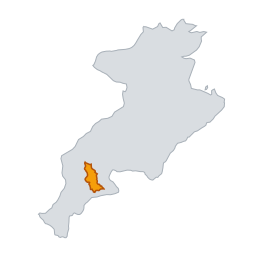 location of Paekam, Ryanggang, North Korea, rotated 173°
{"feature_id": "82179303B39212929407944", "entity_name": "Paekam", "entity_type": "district", "adm_level": 2, "iso_a3": "PRK", "parent_name": "North Korea", "parent_adm1": "Ryanggang", "projection": "robinson", "projection_center": [128.836, 41.511], "detail": "fine", "context": "in_parent", "style": "filled", "palette": "amber", "viewbox_px": 256, "rotation_deg": 173, "n_neighbors": 0, "source": "geoboundaries", "source_scale": "gbopen_adm2", "svg_char_len": 4924}
<svg xmlns="http://www.w3.org/2000/svg" viewBox="0 0 256 256"><g transform="rotate(173 128 128)"><path d="M155.3,194.4L154.2,195.0L152.2,198.3L150.5,202.4L148.7,204.6L146.7,205.8L144.6,206.6L140.4,206.9L136.5,206.6L135.3,206.1L130.0,206.4L128.5,206.7L121.0,206.4L117.0,206.7L114.5,207.5L111.9,209.2L109.7,211.7L107.7,214.4L103.8,219.3L101.0,221.6L100.9,225.1L100.8,226.1L99.9,226.9L99.5,226.5L97.9,226.3L91.5,223.1L86.2,225.1L84.8,227.6L83.4,228.4L81.3,223.5L77.9,223.3L72.5,219.0L70.1,219.9L69.5,221.6L66.4,225.6L62.2,228.8L60.8,229.3L59.3,229.1L59.5,228.2L57.8,224.5L51.2,223.0L48.8,221.4L47.6,221.1L54.2,217.0L55.9,216.3L54.6,215.3L53.2,214.8L47.9,215.4L45.1,214.1L41.1,214.5L38.3,213.5L44.2,209.5L44.5,207.1L44.4,205.3L47.5,199.9L50.5,197.0L58.2,192.8L61.6,192.2L64.0,192.4L66.0,192.0L63.9,190.4L61.9,189.7L57.9,189.8L53.8,187.4L53.5,184.9L61.7,168.8L61.8,167.3L60.6,163.4L60.3,159.6L54.6,157.4L52.1,157.1L44.8,152.8L41.9,150.7L40.8,151.3L40.5,154.8L39.4,155.5L37.5,156.2L36.6,152.3L35.1,149.4L30.3,146.5L28.6,144.9L29.5,141.5L29.1,141.2L29.9,137.4L32.9,134.4L40.3,129.1L42.2,126.7L46.0,123.8L47.6,123.8L49.3,123.6L49.9,122.3L50.3,121.3L51.8,120.4L55.4,118.8L59.4,116.7L62.6,116.1L66.6,113.0L68.3,111.6L69.9,111.6L70.3,110.9L71.3,109.3L72.5,108.2L74.3,108.0L77.1,107.2L80.7,106.8L83.2,104.1L84.0,102.2L85.7,100.1L89.1,97.9L91.5,94.5L94.1,90.8L95.4,89.7L96.6,89.4L97.3,88.1L98.2,84.2L99.4,80.4L100.2,78.6L103.2,76.7L104.0,75.7L104.6,75.4L106.0,75.7L107.9,74.5L109.7,73.3L111.2,73.7L112.9,74.7L114.5,76.8L115.3,78.5L116.6,79.9L116.9,81.9L118.2,82.8L121.0,83.2L125.7,84.6L128.7,84.7L130.4,85.7L134.0,86.3L141.2,85.5L144.2,86.0L145.4,87.2L147.3,88.2L148.4,88.3L150.0,86.6L151.8,83.8L152.9,81.6L152.8,79.9L151.9,78.1L149.5,76.4L147.9,73.7L146.5,71.0L145.6,70.1L144.9,68.8L144.8,66.7L145.3,65.4L148.9,64.4L153.5,63.9L157.2,64.5L163.4,64.1L167.2,63.3L170.0,63.4L172.6,63.4L173.8,62.3L177.4,59.4L179.2,58.4L181.1,56.5L181.4,54.5L181.8,52.9L182.8,51.2L184.7,49.1L186.3,48.1L188.1,48.2L190.1,49.2L191.3,50.2L192.6,49.9L193.7,48.2L194.5,47.9L196.7,47.8L197.3,46.7L198.1,41.8L199.0,37.9L199.1,35.2L201.0,30.7L201.6,28.0L202.8,26.7L204.1,26.8L205.2,27.6L206.6,28.1L208.5,27.6L209.8,28.3L210.6,29.8L213.4,30.8L213.7,31.5L213.6,36.4L215.2,38.7L217.2,40.8L220.0,42.6L221.5,43.1L222.4,44.4L223.2,46.7L225.2,49.0L226.3,50.6L226.5,52.4L227.4,53.3L225.9,54.4L223.8,53.7L220.3,53.4L215.9,56.7L213.4,57.9L211.7,61.2L208.3,63.1L206.4,65.2L203.9,68.8L202.3,72.3L198.6,75.9L196.4,80.4L196.3,84.2L198.7,88.2L199.0,91.5L197.3,98.4L198.3,105.7L197.2,108.6L185.7,113.6L182.7,116.1L178.5,122.6L173.3,125.0L170.1,127.6L165.7,129.2L162.8,133.8L159.7,136.4L156.0,138.0L153.2,140.0L146.9,140.1L142.5,141.5L139.4,145.4L129.9,149.8L128.6,153.1L129.2,158.2L129.3,162.1L128.4,165.4L126.4,164.4L125.3,165.5L124.0,168.5L124.3,171.9L127.6,173.0L130.2,174.4L134.0,175.1L136.7,176.7L142.5,183.8L147.3,187.0L148.6,188.1L151.3,189.7L153.9,192.2L155.3,194.4ZM45.9,159.2L44.1,160.3L44.0,158.4L45.4,156.7L46.8,156.5L45.9,159.2Z" fill="#d9dde1" stroke="#a8b0b8" stroke-width="1"/><path d="M174.8,96.0L174.8,95.9L174.7,95.4L174.8,95.2L175.4,94.1L175.7,93.8L176.0,93.2L176.1,92.7L175.9,92.1L175.4,91.5L175.2,91.3L175.1,91.0L175.0,90.8L175.0,90.4L174.8,90.0L174.5,89.6L174.2,89.0L174.0,88.6L173.9,87.6L173.9,86.9L173.8,86.7L173.9,86.2L174.0,85.8L174.1,85.4L174.3,85.2L174.5,85.0L175.1,84.4L175.5,84.1L176.3,83.3L176.6,82.9L176.7,82.7L176.8,82.5L176.8,82.3L176.8,81.8L176.6,81.4L176.2,80.6L175.8,79.9L175.2,79.4L175.0,79.2L174.8,79.1L173.6,79.0L173.4,78.9L172.9,78.8L172.7,78.6L172.7,78.4L172.8,78.3L173.4,77.6L173.6,77.2L173.5,76.8L173.5,76.5L173.1,76.1L173.0,75.9L172.8,75.5L172.8,75.3L172.8,74.5L172.6,73.5L172.6,73.3L172.7,72.2L172.7,71.9L172.7,71.7L172.3,71.4L171.1,71.6L171.0,71.3L170.8,70.6L170.6,70.2L170.3,69.8L170.2,69.6L170.0,69.3L170.0,68.8L169.7,68.8L169.7,69.0L169.4,68.9L169.5,68.5L169.3,68.3L169.1,68.3L169.0,68.1L169.1,67.8L168.7,68.3L168.3,68.8L168.0,69.2L167.7,69.7L167.4,69.9L166.9,69.8L166.4,69.9L165.8,69.8L165.3,69.6L164.9,69.5L164.4,69.5L163.8,69.9L163.3,70.4L162.8,70.7L162.2,70.8L161.7,70.7L161.3,70.7L160.8,70.7L160.2,70.7L159.8,70.6L159.3,70.5L159.4,70.8L159.7,71.2L160.1,71.6L160.6,72.1L160.9,72.6L161.1,73.0L161.3,73.6L161.7,73.7L162.1,73.6L162.6,74.1L162.8,74.6L163.0,75.2L163.5,75.7L163.9,75.7L164.4,75.7L164.7,76.1L165.1,76.6L165.4,77.1L165.4,77.7L165.0,78.6L165.0,79.5L165.1,80.2L165.4,80.8L165.0,81.6L165.0,82.2L165.1,83.1L165.1,84.1L165.1,85.1L164.7,85.6L164.1,86.2L164.2,86.3L164.4,86.4L164.7,86.8L165.3,87.1L165.8,87.7L166.2,88.2L165.9,88.4L165.8,89.1L166.0,89.8L166.6,90.3L167.4,91.0L168.0,91.4L168.6,92.0L168.9,92.5L169.1,93.5L169.1,94.5L169.0,95.7L169.0,96.6L169.3,96.5L169.7,96.3L169.9,96.3L170.1,96.3L170.3,96.4L170.9,96.7L171.1,96.8L174.0,98.5L174.4,98.8L174.5,99.0L174.7,99.3L174.8,99.1L175.0,98.9L175.2,98.6L175.2,98.4L175.2,97.9L175.0,97.0L174.9,96.6L174.8,96.0Z" fill="#f59e0b" stroke="#b45309" stroke-width="1.5"/></g></svg>